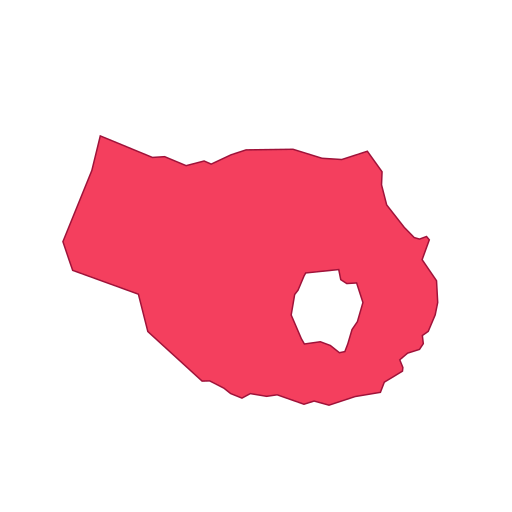 Tahoua, Tahoua, Niger (Robinson projection), rotated 21°
{"feature_id": "23599985B71026362524800", "entity_name": "Tahoua", "entity_type": "district", "adm_level": 2, "iso_a3": "NER", "parent_name": "Niger", "parent_adm1": "Tahoua", "projection": "robinson", "projection_center": [5.148, 14.985], "detail": "fine", "context": "isolated", "style": "filled", "palette": "rose", "viewbox_px": 512, "rotation_deg": 21, "n_neighbors": 0, "source": "geoboundaries", "source_scale": "gbopen_adm2", "svg_char_len": 1042}
<svg xmlns="http://www.w3.org/2000/svg" viewBox="0 0 512 512"><g transform="rotate(21 256 256)"><path d="M257.5,389.2L273.4,390.9L281.6,393.5L293.8,393.7L300.0,386.5L316.2,383.2L325.5,378.0L353.9,377.2L362.2,370.6L377.6,369.1L398.9,351.7L421.0,338.7L421.0,327.8L434.0,311.0L433.1,307.5L427.4,301.4L432.3,292.4L442.1,284.6L443.6,277.9L439.8,270.6L443.8,264.6L444.4,246.8L442.3,234.3L433.4,214.4L412.4,199.9L412.0,178.8L408.2,176.7L402.6,181.6L397.1,182.1L384.2,176.2L359.7,161.5L347.7,144.6L343.5,132.2L322.4,118.3L301.5,135.2L282.6,141.1L252.3,143.1L208.7,160.5L196.6,170.3L181.2,186.3L173.5,185.9L158.4,196.7L135.1,196.0L124.0,201.1L67.6,199.7L72.1,235.0L70.6,311.8L82.6,326.3L90.0,335.1L159.9,333.8L182.1,365.3L250.5,392.1L257.5,389.2ZM343.6,247.7L350.6,249.2L359.6,245.1L372.5,261.1L374.2,281.0L372.0,290.2L373.2,305.2L373.2,313.4L368.5,316.4L357.5,312.9L346.8,313.0L332.7,320.8L327.9,316.9L310.0,298.5L305.9,278.1L307.5,272.8L308.0,257.3L308.5,254.0L338.1,239.0L343.6,247.7Z" fill="#f43f5e" stroke="#9f1239" stroke-width="1.5"/></g></svg>